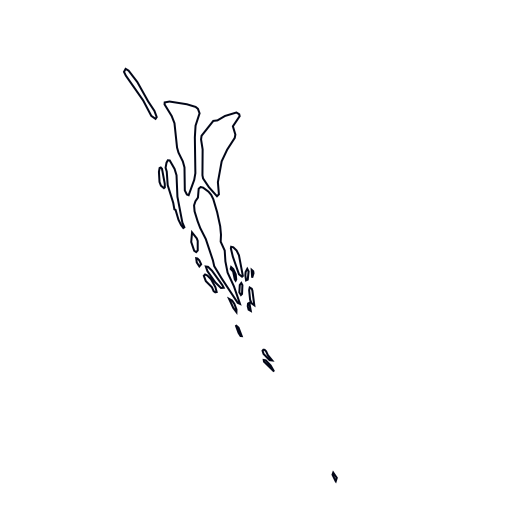 Essequibo I./L.B.E.River, Essequibo Islands-West Demerara, Guyana (Equal Earth projection), rotated 323°
{"feature_id": "73187651B51062108887281", "entity_name": "Essequibo I./L.B.E.River", "entity_type": "district", "adm_level": 2, "iso_a3": "GUY", "parent_name": "Guyana", "parent_adm1": "Essequibo Islands-West Demerara", "projection": "equal_earth", "projection_center": [-58.518, 6.771], "detail": "fine", "context": "isolated", "style": "outline", "palette": "ink", "viewbox_px": 512, "rotation_deg": 323, "n_neighbors": 0, "source": "geoboundaries", "source_scale": "gbopen_adm2", "svg_char_len": 2930}
<svg xmlns="http://www.w3.org/2000/svg" viewBox="0 0 512 512"><g transform="rotate(323 256 256)"><path d="M327.9,132.7L326.7,129.6L315.5,125.5L306.8,124.5L303.2,122.4L284.9,127.2L282.3,129.8L277.5,138.8L261.8,159.3L260.4,162.2L259.8,172.7L260.8,184.8L263.5,184.4L270.0,174.1L285.6,159.7L297.0,153.7L310.1,148.9L312.6,146.6L315.6,138.5L327.1,134.5L327.9,132.7ZM256.8,176.1L254.9,169.6L253.3,167.6L250.7,167.8L244.8,174.4L240.6,175.8L237.0,178.3L233.8,183.4L230.3,193.1L228.3,200.0L226.1,212.3L218.9,233.7L216.5,239.0L215.1,252.8L213.2,282.4L214.4,284.6L220.1,267.0L223.3,252.2L228.3,241.9L234.3,232.8L236.4,223.3L240.8,218.0L245.3,210.7L251.3,197.7L256.1,184.9L257.0,180.2L256.8,176.1ZM297.5,100.6L292.1,93.2L279.9,80.6L275.5,78.4L274.2,79.9L272.9,93.5L270.8,100.9L258.2,121.9L256.3,126.8L254.5,136.4L252.2,142.2L238.6,160.8L237.8,165.3L238.8,166.9L252.5,158.0L257.4,153.4L278.6,124.4L286.2,115.5L296.8,108.1L298.2,103.5L297.5,100.6ZM244.6,127.8L243.2,126.5L240.7,127.6L236.9,131.1L235.5,134.9L228.1,146.3L221.9,163.7L218.9,169.6L219.5,170.8L215.9,180.4L214.8,186.2L214.8,189.9L216.1,189.9L217.3,185.0L228.9,161.4L241.1,143.7L243.4,137.4L244.6,127.8ZM265.8,31.3L264.5,28.1L261.4,29.5L260.6,33.6L259.5,63.9L256.7,81.1L258.3,86.0L260.3,85.3L262.2,79.0L262.9,67.6L265.9,45.7L265.8,31.3ZM243.1,235.4L241.7,233.7L240.5,234.8L237.1,242.6L231.4,260.4L232.4,264.1L233.5,264.0L242.8,245.2L243.8,239.9L243.1,235.4ZM212.0,241.3L211.2,235.8L209.6,234.2L208.1,238.9L207.6,252.6L208.8,260.5L211.1,261.9L211.6,259.0L212.0,241.3ZM219.1,198.7L212.7,205.8L209.8,214.6L210.6,216.9L212.8,216.5L218.5,208.9L219.3,206.3L219.1,198.7ZM233.2,128.0L232.0,127.7L229.1,130.4L223.5,138.8L222.4,142.6L223.3,146.4L224.5,146.3L226.6,143.4L233.4,129.8L233.2,128.0ZM205.4,242.3L204.2,240.1L202.4,240.4L200.8,245.9L202.0,254.5L201.0,258.6L201.6,260.5L202.9,261.1L204.8,256.5L206.1,247.5L205.4,242.3ZM232.9,279.6L232.0,277.4L230.0,279.1L225.0,287.3L224.0,291.0L225.0,294.3L232.3,281.5L232.9,279.6ZM206.4,336.1L205.5,335.3L204.2,335.6L203.1,338.8L204.2,347.4L206.1,349.2L205.8,342.2L206.7,338.2L206.4,336.1ZM210.1,277.2L208.7,274.1L206.6,283.8L206.6,289.0L208.2,287.0L209.9,281.2L210.1,277.2ZM228.0,268.7L225.6,269.4L220.8,275.0L220.5,278.1L222.0,277.9L227.6,271.1L228.0,268.7ZM241.3,261.0L238.1,262.5L235.8,265.1L233.4,269.5L235.2,269.9L240.8,263.9L241.3,261.0ZM201.0,345.2L199.6,343.7L198.8,345.2L200.9,359.1L201.8,352.3L201.0,345.2ZM229.5,249.9L228.0,251.1L228.4,254.6L225.0,261.9L224.9,263.4L226.1,262.8L228.8,258.4L230.0,252.8L229.5,249.9ZM207.7,222.7L206.9,221.8L204.8,225.5L204.5,230.2L207.2,229.6L208.1,225.3L207.7,222.7ZM198.2,299.1L195.8,306.9L195.5,310.6L196.4,311.4L198.9,302.8L198.2,299.1ZM184.1,483.9L187.0,481.8L187.3,475.5L185.5,476.7L184.1,483.7L184.1,483.9ZM221.0,289.2L219.2,291.1L217.8,294.4L218.8,296.7L222.5,289.4L221.0,289.2ZM244.2,264.5L239.9,271.0L243.6,268.3L244.6,266.5L244.2,264.5Z" fill="none" stroke="#020617" stroke-width="2"/></g></svg>